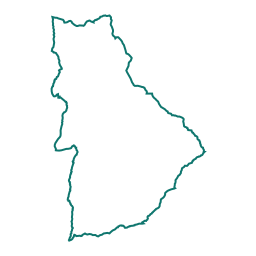 the district of Socotá, Boyacá, Colombia
{"feature_id": "7082276B38564050638849", "entity_name": "Socotá", "entity_type": "district", "adm_level": 2, "iso_a3": "COL", "parent_name": "Colombia", "parent_adm1": "Boyacá", "projection": "mercator", "projection_center": [-72.569, 5.942], "detail": "fine", "context": "isolated", "style": "outline", "palette": "teal", "viewbox_px": 256, "rotation_deg": 0, "n_neighbors": 0, "source": "geoboundaries", "source_scale": "gbopen_adm2", "svg_char_len": 5692}
<svg xmlns="http://www.w3.org/2000/svg" viewBox="0 0 256 256"><path d="M125.5,50.2L123.9,45.0L122.7,43.4L122.0,41.5L120.7,39.8L118.3,37.3L116.9,37.2L116.0,37.7L115.3,38.4L114.8,36.9L113.3,35.8L112.7,34.9L112.4,33.6L113.0,31.6L113.0,30.0L111.8,26.7L110.8,24.9L110.7,24.4L110.8,23.7L111.7,20.3L110.9,19.1L111.0,17.3L109.5,15.5L107.3,16.0L106.5,16.0L105.2,15.4L104.3,15.7L103.3,15.7L102.0,16.5L100.3,16.8L100.2,17.3L99.4,18.3L97.1,19.4L96.7,19.9L96.2,19.7L95.2,20.2L94.9,20.2L94.1,21.1L93.3,21.5L93.5,22.4L91.8,21.8L90.5,21.2L89.7,20.5L89.4,20.5L86.8,21.5L85.4,23.4L84.7,24.8L83.6,25.8L82.9,25.6L79.6,25.4L77.6,26.0L76.6,26.0L74.5,24.9L72.1,22.9L71.6,21.7L70.5,20.9L69.2,21.0L67.2,22.2L65.9,22.5L64.4,22.6L63.7,20.6L63.0,19.8L58.2,18.4L57.0,17.8L55.1,17.7L52.4,17.0L53.0,19.4L52.7,21.7L53.1,23.7L52.9,25.2L53.5,26.5L53.2,28.0L54.0,29.8L53.6,31.6L54.3,33.5L54.2,33.9L53.7,34.4L53.6,34.9L54.3,36.4L53.5,38.9L54.2,42.6L53.4,47.1L52.3,48.4L51.8,51.0L53.1,51.7L53.6,52.5L54.5,52.4L55.1,52.8L56.1,53.1L56.8,54.5L57.4,55.1L58.4,56.9L58.5,58.6L59.4,60.6L59.4,61.3L59.1,62.3L59.7,64.5L60.2,65.6L61.6,67.9L61.8,68.6L61.8,68.9L59.7,69.8L59.0,70.4L59.8,72.1L58.9,73.8L58.1,76.2L57.6,76.7L56.8,77.0L56.2,78.9L55.8,79.1L55.1,79.2L54.7,79.7L54.3,80.9L54.6,81.0L54.2,82.4L53.3,83.9L53.3,85.0L52.9,85.6L53.0,86.3L52.3,86.8L51.6,88.7L51.7,91.4L52.2,93.7L53.7,96.2L54.3,96.4L55.4,96.2L56.1,95.8L56.7,94.7L57.7,94.3L57.5,95.1L58.1,94.9L58.3,96.1L58.3,97.3L59.5,96.8L59.5,97.8L60.6,97.5L64.8,101.0L65.5,101.9L66.0,101.9L65.9,102.3L66.8,103.1L66.6,103.7L66.5,104.9L67.1,105.7L67.0,106.8L67.2,107.7L66.5,109.4L66.3,110.6L65.3,111.8L64.5,112.3L64.1,112.3L62.8,114.0L62.4,115.9L62.7,117.1L62.6,119.0L62.2,120.5L62.5,121.6L62.0,122.4L62.3,124.0L61.6,126.0L60.6,130.3L60.7,133.8L60.5,135.8L60.0,136.9L58.0,139.1L55.4,143.1L54.8,144.8L54.7,146.3L55.9,148.9L55.8,150.3L56.4,150.4L59.1,150.6L61.4,150.3L66.3,148.9L68.4,148.8L70.6,148.3L71.2,148.0L72.1,146.4L73.8,145.4L74.4,146.3L75.0,146.3L75.2,146.6L75.6,147.9L75.9,147.9L75.8,148.1L76.4,149.1L76.5,150.1L77.0,150.5L77.6,152.0L76.9,153.5L76.7,154.7L75.8,155.2L74.4,157.4L73.7,159.1L73.6,160.3L72.7,161.4L72.9,161.8L73.5,162.2L73.6,162.7L73.1,162.9L73.3,163.5L72.0,167.4L71.7,169.3L71.2,170.1L71.3,171.0L71.7,171.5L71.7,171.8L71.0,172.5L71.1,173.7L70.5,174.2L70.0,176.6L70.1,177.4L68.9,180.2L69.2,181.6L69.7,181.9L69.6,182.2L70.1,183.0L69.8,184.0L70.2,184.6L70.1,185.3L70.7,186.9L70.4,187.6L70.4,188.2L70.2,188.5L70.3,189.1L70.0,189.5L70.3,190.2L70.3,190.7L70.1,191.1L69.8,191.2L69.5,192.1L68.7,195.1L68.6,196.6L68.0,197.8L67.7,199.8L68.3,200.4L68.4,200.8L69.1,200.6L69.4,200.8L69.9,202.7L70.6,203.5L70.5,204.2L71.0,204.7L71.2,205.3L72.2,206.1L72.9,207.4L73.0,208.0L72.6,208.7L72.8,209.3L72.5,209.8L72.7,210.3L72.1,211.7L72.3,214.4L71.9,217.2L72.3,218.8L71.9,220.8L71.5,221.4L71.8,222.0L71.8,222.9L72.1,223.7L71.7,226.0L72.0,227.1L72.7,227.6L72.8,228.1L72.2,228.9L71.9,230.7L71.3,231.7L71.4,233.3L70.6,234.2L70.8,235.7L70.6,236.5L69.9,237.4L69.3,239.4L68.9,240.1L69.2,240.6L71.3,239.8L72.3,239.0L72.8,238.0L73.9,236.5L74.0,235.3L74.3,234.8L75.4,235.2L76.3,236.1L79.9,235.7L80.9,236.1L81.8,235.9L82.3,235.0L85.0,233.5L86.2,234.2L87.4,234.5L89.4,234.0L91.3,234.3L92.8,235.1L95.4,235.0L97.1,236.1L98.2,236.4L100.0,235.2L102.0,234.7L103.6,233.5L107.3,232.9L109.5,233.4L110.5,232.3L112.6,230.5L115.0,229.4L116.9,227.5L118.0,227.3L118.3,226.4L119.2,226.1L119.9,225.6L121.1,225.4L121.6,225.7L122.0,225.5L122.4,225.8L123.2,225.7L124.3,226.6L124.8,227.7L125.3,227.8L127.0,227.6L128.8,226.5L129.4,226.5L129.8,226.1L130.4,226.2L130.9,225.9L133.2,225.7L134.0,225.3L134.6,225.4L135.0,224.8L136.8,224.5L139.0,223.7L142.2,223.7L143.3,223.5L142.4,222.9L142.2,222.4L144.0,221.3L144.6,220.8L146.1,220.9L146.3,220.4L147.4,219.6L147.9,218.3L147.6,217.7L147.5,216.9L148.2,215.9L149.0,215.8L149.8,215.2L150.5,214.1L151.7,213.6L152.1,212.7L152.9,212.3L153.2,211.7L154.1,211.0L155.2,209.8L155.7,209.6L156.1,208.9L157.8,208.2L158.9,207.4L159.6,206.2L159.8,204.0L160.6,202.2L160.9,199.4L163.3,197.6L164.2,196.6L165.1,194.8L165.1,193.6L165.3,192.8L167.4,191.0L168.5,190.4L171.3,189.3L174.5,188.5L175.1,188.2L174.4,187.6L174.4,186.9L174.8,185.0L174.8,183.8L175.3,183.1L175.6,181.7L175.5,180.2L177.2,177.9L178.3,175.7L178.9,175.3L179.4,175.2L180.9,173.0L180.9,171.6L181.7,170.2L182.0,168.3L184.1,166.9L184.9,165.7L187.0,165.9L187.7,165.3L188.9,163.7L191.9,162.8L192.3,161.4L192.7,161.3L192.9,160.5L193.5,160.3L194.0,159.6L195.8,158.7L196.3,157.8L197.2,157.1L198.2,156.9L198.7,156.5L199.3,156.6L200.4,156.1L200.9,155.4L201.4,155.4L202.3,154.9L203.5,152.9L204.4,152.0L203.6,152.0L203.9,150.9L203.9,150.0L203.2,148.8L203.0,147.7L202.4,147.6L201.5,146.9L200.7,145.5L200.7,144.4L200.1,143.6L200.1,142.1L199.5,141.5L199.5,140.7L199.3,140.3L198.0,139.6L197.5,139.0L197.4,137.1L196.5,136.2L195.0,135.7L194.6,134.6L193.4,133.5L193.2,132.8L192.4,132.6L192.3,132.2L191.9,131.8L191.5,130.4L188.4,130.1L188.3,129.8L187.9,129.7L187.9,129.1L187.7,128.7L187.6,128.2L187.0,128.1L186.8,127.5L184.6,126.7L184.1,126.2L183.6,122.8L183.2,121.7L183.7,119.4L183.6,118.9L182.6,117.9L180.7,117.0L179.2,116.5L177.9,116.6L175.3,115.5L174.3,115.6L173.7,115.2L172.0,115.3L171.2,113.9L170.9,113.7L168.3,113.1L167.9,112.6L167.7,111.5L166.5,110.9L164.8,109.2L161.0,106.9L159.1,104.0L158.1,101.6L156.3,100.0L155.5,99.0L154.3,98.1L153.0,96.6L152.3,95.1L152.1,93.6L146.6,93.6L146.9,92.3L146.8,91.6L146.4,90.8L145.6,90.2L144.4,87.7L143.7,87.6L143.1,87.1L141.6,86.9L141.0,86.6L137.9,85.8L134.9,85.9L133.7,85.1L133.3,84.1L132.1,82.4L130.6,78.5L126.9,71.9L126.3,70.5L128.5,66.0L128.8,62.9L129.2,62.2L130.8,60.6L131.7,58.0L131.0,57.0L128.9,54.7L127.9,54.0L126.4,53.5L126.1,52.7L125.5,50.2Z" fill="none" stroke="#0f766e" stroke-width="2"/></svg>